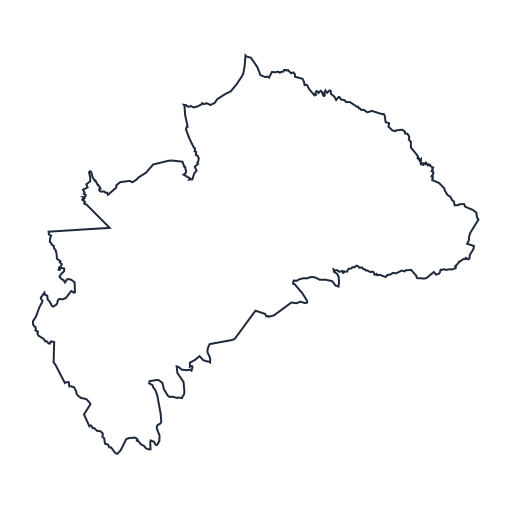 Coscomatepec, Veracruz, Mexico, rotated 181°
{"feature_id": "50627088B83890237461836", "entity_name": "Coscomatepec", "entity_type": "district", "adm_level": 2, "iso_a3": "MEX", "parent_name": "Mexico", "parent_adm1": "Veracruz", "projection": "natural_earth1", "projection_center": [-97.095, 19.059], "detail": "fine", "context": "isolated", "style": "outline", "palette": "slate", "viewbox_px": 512, "rotation_deg": 181, "n_neighbors": 0, "source": "geoboundaries", "source_scale": "gbopen_adm2", "svg_char_len": 6045}
<svg xmlns="http://www.w3.org/2000/svg" viewBox="0 0 512 512"><g transform="rotate(181 256 256)"><path d="M358.1,60.9L358.5,67.7L358.1,69.7L354.8,68.5L353.1,65.6L351.7,65.3L349.4,69.3L349.3,74.8L352.0,81.3L352.2,84.0L351.5,85.2L348.7,86.8L347.8,88.6L348.6,96.7L352.3,115.0L354.4,120.4L356.4,122.8L357.4,125.2L360.6,126.8L360.2,129.0L353.0,130.3L351.0,130.1L347.4,127.5L345.8,121.3L341.8,114.9L339.8,113.5L337.4,113.9L332.1,112.7L331.4,113.2L327.5,112.6L326.9,114.5L325.6,116.3L325.2,119.1L326.3,128.8L332.6,137.8L333.4,144.2L331.4,143.7L328.5,141.1L323.3,140.6L319.7,141.2L318.5,140.3L317.5,143.7L318.2,144.9L320.2,144.1L320.2,148.2L315.2,151.0L310.7,154.9L307.1,151.1L304.0,149.9L301.2,149.6L300.1,148.8L299.9,151.4L300.3,153.6L302.6,158.4L302.9,160.2L302.4,163.5L300.8,167.1L279.4,171.4L276.0,172.5L255.6,201.3L245.8,198.2L244.6,195.8L242.8,196.2L242.3,195.5L237.1,196.9L219.8,210.1L214.7,209.5L210.8,211.1L206.4,209.8L204.1,210.3L204.2,212.2L209.1,219.7L216.9,228.5L218.3,228.9L218.5,229.7L217.8,232.1L215.1,231.9L211.9,233.6L207.5,234.7L205.4,234.4L200.8,235.9L198.5,235.9L196.5,235.6L191.9,233.4L186.1,233.5L179.4,232.2L176.0,227.9L173.0,226.8L172.5,231.6L173.1,237.1L174.7,239.6L177.8,241.7L178.2,243.9L176.9,243.0L174.7,243.3L172.6,241.7L169.0,242.5L168.6,242.3L168.9,240.8L168.3,240.6L167.1,242.1L164.7,241.9L163.3,244.8L160.3,245.3L159.6,246.4L157.1,246.6L155.5,248.1L153.7,247.6L152.5,246.1L149.8,246.4L148.8,245.1L146.7,244.4L146.1,243.5L145.0,243.7L141.3,241.9L139.3,242.4L138.2,241.9L137.1,239.3L135.1,240.2L134.5,238.9L131.7,239.3L126.2,237.3L125.3,237.7L124.5,239.3L121.6,239.7L118.8,241.5L115.5,241.1L110.1,244.0L107.2,243.2L106.1,244.3L100.7,244.8L95.6,239.3L94.6,236.7L87.3,236.4L85.2,236.9L77.9,243.1L75.6,240.5L72.9,241.5L71.9,242.7L71.2,245.5L69.4,245.4L68.4,246.1L65.6,245.4L62.6,246.1L59.9,245.9L56.2,247.3L55.9,248.8L56.6,249.3L53.4,252.6L52.8,254.0L51.7,254.2L48.8,256.5L46.3,256.6L46.2,257.7L43.5,256.3L42.5,257.4L42.3,260.7L38.7,266.8L38.3,269.8L45.1,271.9L43.2,276.0L43.4,278.6L42.2,282.8L34.2,296.3L35.6,298.3L36.5,303.2L39.8,305.7L47.6,308.9L48.8,311.5L53.2,311.4L54.4,310.4L58.3,310.2L59.2,314.1L60.5,314.7L62.7,318.6L65.7,320.5L68.6,325.2L68.8,326.8L74.1,332.1L81.1,335.0L80.5,336.9L81.1,337.2L80.7,338.6L81.8,339.0L80.5,340.5L80.1,342.8L81.9,344.0L80.7,345.2L81.3,346.0L80.5,347.4L84.1,349.6L83.8,350.2L85.4,350.6L85.9,349.8L87.7,352.4L88.2,352.2L88.5,350.8L90.2,351.7L91.6,351.4L91.0,350.2L92.8,350.7L92.8,355.4L93.8,354.1L94.4,355.9L95.0,355.5L96.2,356.8L95.6,357.9L97.2,360.3L103.0,367.2L103.2,372.9L105.3,375.1L104.8,377.3L105.1,378.5L106.9,381.0L109.1,381.1L109.4,383.1L112.2,384.8L118.3,384.0L119.1,383.2L121.9,384.0L125.8,387.7L125.2,390.8L125.6,391.3L128.7,392.0L129.8,398.7L130.8,400.3L132.4,400.0L142.6,403.1L147.3,401.6L150.8,404.0L153.2,403.9L154.8,405.4L155.5,405.3L156.5,407.0L157.5,406.9L164.7,411.5L168.7,411.5L170.1,413.3L173.9,414.0L175.2,416.3L176.1,416.5L178.6,413.4L180.4,416.6L183.9,419.5L184.1,422.3L185.4,422.8L187.8,420.4L189.5,422.7L190.5,420.6L190.0,418.1L190.6,417.2L191.5,417.4L193.1,421.5L194.1,422.3L196.4,420.1L197.3,421.6L198.4,422.0L199.5,419.9L198.7,418.4L200.3,417.6L205.8,423.8L207.8,427.7L208.6,428.1L210.4,427.7L211.0,430.8L212.6,434.0L220.1,435.9L220.4,438.8L222.1,440.2L224.0,439.3L227.4,442.5L228.8,441.9L229.5,442.6L231.2,442.5L231.7,441.0L234.7,440.3L235.3,439.6L237.1,440.7L240.0,440.0L243.3,440.3L246.1,434.6L248.1,435.6L249.9,435.0L254.8,437.0L257.9,444.8L264.5,454.1L269.2,455.4L270.0,456.3L270.6,446.3L271.8,438.7L272.9,435.9L278.6,427.1L284.2,420.1L289.3,417.6L297.5,412.1L300.1,408.2L304.3,406.2L307.9,407.9L310.8,406.9L312.5,407.9L313.3,406.5L317.6,404.3L321.1,403.5L323.8,404.8L325.9,404.0L327.5,404.5L328.3,405.5L330.8,405.9L330.1,404.9L329.4,396.1L326.6,384.1L327.6,383.9L328.2,381.3L324.5,371.9L319.9,363.1L319.3,363.0L318.8,361.6L319.2,359.6L317.7,359.0L317.8,355.8L316.4,355.4L314.9,352.8L315.6,349.0L316.3,348.3L315.5,347.2L318.8,344.1L316.9,340.4L319.2,337.5L321.0,331.5L324.2,331.2L323.4,332.5L329.9,336.1L327.7,337.7L327.4,339.5L328.5,344.0L329.2,343.9L331.2,349.0L341.9,350.0L345.2,349.7L360.4,345.7L367.4,337.4L374.7,332.6L376.8,330.3L380.4,327.8L381.1,327.6L383.4,328.9L393.0,327.5L396.8,324.4L397.0,321.9L405.1,314.6L405.9,316.7L407.7,316.7L408.8,317.8L412.5,317.7L413.8,318.8L413.8,320.2L412.6,320.5L412.7,321.0L414.8,324.1L415.3,323.9L417.9,328.7L418.5,328.4L419.7,330.2L420.8,332.2L422.2,337.1L423.5,337.9L424.4,336.6L423.1,331.8L423.1,327.8L426.9,324.7L425.6,321.6L430.2,319.2L428.5,316.5L429.3,315.1L427.2,314.0L428.0,312.0L429.5,311.9L428.3,311.3L429.0,310.0L430.0,310.6L430.7,309.2L427.9,307.2L428.7,305.4L426.3,304.4L402.8,281.6L463.8,276.7L463.4,274.0L461.2,272.6L462.1,270.4L462.4,266.5L461.1,265.5L460.5,263.9L458.5,262.6L458.1,260.2L456.5,258.5L455.4,254.5L455.0,249.8L451.5,247.4L452.1,246.3L450.0,244.4L451.1,242.0L452.4,241.3L453.1,238.9L452.0,238.7L451.2,240.9L447.5,240.1L447.6,237.5L450.8,234.2L452.2,231.9L450.1,229.6L448.0,228.5L446.6,226.2L444.5,229.3L443.2,229.7L440.5,229.1L436.9,226.6L436.4,216.8L437.2,216.9L437.5,216.2L440.1,217.8L445.5,210.6L448.7,209.3L452.0,209.6L453.4,208.2L453.9,205.3L455.0,203.7L457.7,201.9L459.2,202.5L461.5,206.9L463.5,208.7L464.0,212.6L466.4,213.6L466.9,215.7L470.3,210.8L470.5,210.0L468.7,207.3L468.9,206.3L471.8,200.7L474.9,191.6L477.8,187.0L477.8,184.0L476.6,181.8L475.2,181.1L474.8,178.4L475.2,177.8L472.7,176.6L473.2,174.6L472.1,172.6L466.6,169.2L465.2,167.0L463.4,166.9L462.0,165.0L460.4,164.9L459.7,167.0L456.3,166.5L456.5,146.1L454.6,143.7L444.9,125.7L444.0,126.4L441.0,126.6L440.4,122.4L438.4,122.5L435.4,121.4L433.4,117.3L433.1,115.3L431.6,113.3L428.6,111.1L423.1,109.9L420.1,106.8L418.9,105.0L425.2,94.6L419.6,82.8L418.6,83.7L417.9,83.6L416.2,81.0L414.7,81.1L411.9,78.4L408.6,78.1L406.4,76.3L406.0,74.7L406.5,72.6L404.6,71.1L403.7,65.7L400.6,64.8L399.3,62.1L397.6,62.1L393.2,56.5L391.3,55.7L387.9,59.4L382.5,70.7L379.9,71.7L373.9,72.3L371.3,70.8L371.9,69.3L370.4,68.8L367.9,65.8L364.8,64.3L362.9,62.0L360.7,60.9L358.1,60.9Z" fill="none" stroke="#1e293b" stroke-width="2"/></g></svg>